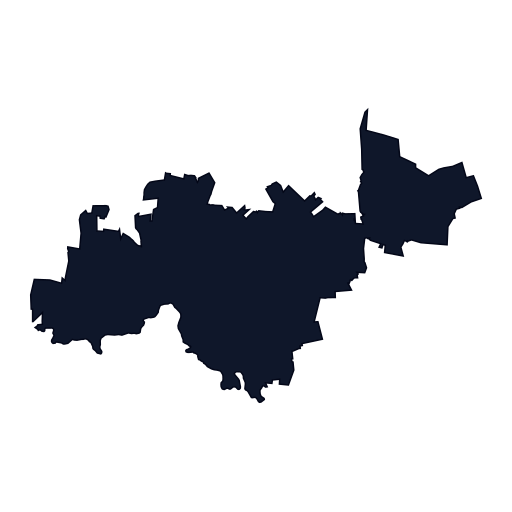 Sedibeng, Gauteng, South Africa
{"feature_id": "47623444B84489694859974", "entity_name": "Sedibeng", "entity_type": "district", "adm_level": 2, "iso_a3": "ZAF", "parent_name": "South Africa", "parent_adm1": "Gauteng", "projection": "albers", "projection_center": [28.102, -26.548], "detail": "fine", "context": "isolated", "style": "filled", "palette": "ink", "viewbox_px": 512, "rotation_deg": 0, "n_neighbors": 0, "source": "geoboundaries", "source_scale": "gbopen_adm2", "svg_char_len": 6054}
<svg xmlns="http://www.w3.org/2000/svg" viewBox="0 0 512 512"><path d="M106.1,205.7L93.1,205.8L91.8,213.1L87.3,213.5L85.7,210.5L80.7,214.9L79.4,219.7L81.1,233.2L79.7,249.0L67.8,246.9L67.7,248.7L68.8,251.6L68.0,252.5L68.8,261.0L65.5,277.2L65.1,280.5L62.2,278.0L61.6,283.3L49.9,280.0L34.3,279.4L30.7,294.9L31.2,309.1L32.6,309.2L32.6,321.6L33.0,321.6L42.5,312.5L42.2,321.2L42.4,324.3L37.8,324.8L37.1,326.1L35.1,327.5L37.7,329.3L38.3,330.4L39.4,329.9L40.5,330.0L41.9,331.2L43.8,331.5L44.1,331.4L44.7,330.7L44.8,328.7L45.3,328.1L51.9,328.0L53.2,328.5L53.6,329.3L53.7,330.5L52.9,333.1L54.1,335.4L52.7,338.4L51.8,339.8L51.5,341.1L52.0,342.5L53.1,343.4L55.2,343.1L55.7,342.3L56.7,342.0L61.6,342.9L63.3,344.0L64.7,344.0L67.9,343.3L72.3,339.4L74.3,340.0L77.0,340.2L81.7,339.3L83.3,339.3L85.1,338.8L86.5,339.0L88.2,340.0L89.6,341.8L90.4,342.0L91.1,342.8L92.7,346.3L93.0,348.5L93.5,349.2L95.4,350.7L97.3,353.0L100.8,353.9L101.5,353.1L101.8,351.9L101.5,351.0L100.1,348.9L99.8,347.5L99.8,346.6L100.3,344.6L100.2,340.6L101.0,338.2L105.1,335.0L107.8,334.5L114.6,335.0L118.7,334.5L121.9,335.1L128.4,332.9L131.4,333.5L134.3,333.2L136.3,333.7L139.1,333.1L140.1,332.3L140.7,328.5L142.0,326.6L143.5,325.2L144.2,323.4L144.4,322.1L143.1,320.7L143.6,319.4L144.3,318.9L148.8,317.4L150.7,317.7L153.9,317.1L154.9,316.6L156.3,315.0L158.2,312.3L158.4,310.3L159.5,307.2L160.2,305.7L160.8,305.2L164.4,304.1L168.1,303.9L170.0,302.9L171.3,303.1L173.0,304.1L174.8,307.3L176.2,308.4L179.6,312.0L180.6,313.5L180.9,314.8L180.9,317.3L178.9,322.4L178.0,325.8L178.4,328.6L181.4,333.9L181.7,335.9L183.2,339.7L183.2,341.9L184.7,343.0L187.8,344.5L189.4,346.1L190.4,346.1L190.7,346.4L190.6,347.3L190.0,348.0L188.2,349.2L186.8,349.6L186.2,350.0L185.8,350.8L186.1,351.8L187.3,352.3L188.9,352.4L193.0,352.0L194.0,353.0L195.0,353.1L196.7,354.0L197.9,355.3L197.8,356.6L198.6,359.5L199.9,359.9L201.1,360.9L203.6,362.2L203.7,363.2L205.5,364.3L207.4,366.6L211.4,368.8L214.1,369.7L217.2,370.1L219.8,370.8L220.8,371.3L222.7,374.5L223.0,375.8L223.1,379.1L222.8,381.1L221.2,382.7L221.0,384.2L221.1,386.3L221.5,387.5L222.2,388.8L222.9,389.2L224.3,389.5L226.8,388.2L227.9,388.3L229.5,389.1L230.5,389.0L233.0,387.0L234.3,386.8L235.8,387.1L237.8,389.2L238.8,389.4L239.5,389.1L240.3,388.1L240.4,386.7L239.2,380.5L238.6,379.3L234.9,374.9L234.3,373.7L235.1,372.4L236.4,371.7L240.2,371.8L241.1,372.3L242.9,374.8L243.4,376.5L243.4,378.1L245.2,382.1L245.4,383.9L244.9,388.6L245.2,389.4L245.6,389.9L247.1,390.6L248.0,391.5L251.4,397.5L252.3,397.7L254.7,397.3L256.0,397.7L257.0,398.9L258.5,401.6L259.5,402.3L261.1,402.0L264.3,399.5L264.1,398.4L261.5,396.6L260.7,395.6L260.1,393.7L259.9,390.8L260.2,389.8L261.6,387.9L262.7,385.8L263.8,385.9L265.7,387.1L267.2,386.8L265.5,382.8L271.9,383.4L272.4,380.0L279.7,379.2L279.4,384.1L288.4,385.0L293.8,370.1L293.0,362.0L291.9,361.7L291.5,358.7L292.7,358.7L291.9,351.2L292.9,351.1L298.9,348.5L300.3,348.4L300.0,346.0L302.3,345.5L301.9,343.6L322.4,339.2L317.9,321.7L314.1,322.0L320.1,297.7L325.3,298.1L327.7,297.6L335.3,297.5L335.1,291.5L351.5,290.1L347.9,283.1L348.5,283.0L348.8,283.6L349.0,283.6L350.0,281.3L350.1,280.1L350.7,279.6L351.8,280.4L353.5,278.5L354.5,277.8L357.6,277.8L357.1,275.0L358.0,274.3L358.1,273.9L356.9,272.3L364.7,272.7L366.5,267.8L364.9,262.7L364.1,261.7L364.2,259.0L363.5,248.5L364.7,238.3L366.6,237.7L368.1,238.7L368.7,237.9L369.7,237.8L369.5,238.7L369.2,238.8L370.3,240.2L380.8,243.7L379.1,247.2L381.9,247.9L383.0,244.5L385.3,245.3L384.6,252.5L403.2,256.0L400.8,247.1L402.8,244.0L404.4,240.5L405.3,240.7L407.3,241.9L407.6,241.6L407.3,241.2L407.4,240.7L408.6,240.9L411.5,239.9L420.9,242.7L447.1,244.8L447.9,226.6L452.9,218.5L455.1,218.0L454.2,213.7L456.3,209.1L459.8,208.2L459.5,207.1L461.8,207.5L471.1,201.9L481.3,198.4L477.5,186.1L473.4,175.8L466.2,177.7L461.9,162.5L452.7,166.4L443.9,167.9L438.9,169.3L428.6,175.8L415.6,167.8L415.6,164.2L399.7,156.7L398.1,139.5L384.0,135.1L366.1,130.4L367.5,109.7L365.0,112.2L360.2,128.8L361.7,149.4L362.1,169.3L363.2,169.7L363.1,170.6L364.0,172.1L361.9,174.6L360.2,177.6L361.1,180.5L360.6,181.7L361.3,182.1L361.5,183.6L360.6,184.4L358.3,190.7L357.9,190.8L358.5,192.1L360.1,211.0L360.8,212.3L361.2,212.4L361.9,213.3L362.0,213.0L363.3,214.2L364.1,214.3L362.9,215.0L363.6,215.8L360.8,217.1L361.1,219.1L361.5,219.0L363.2,224.0L355.4,223.5L355.2,220.5L354.2,220.5L354.1,219.0L355.1,219.1L354.8,213.7L345.2,213.9L342.5,213.2L342.4,215.1L340.4,213.0L340.3,213.6L339.7,213.4L338.8,213.7L338.2,214.4L325.4,207.2L322.7,210.2L313.6,216.7L311.7,213.7L310.4,212.1L322.6,201.8L320.2,199.2L320.9,198.5L318.2,197.4L315.7,199.8L313.8,196.1L315.1,194.4L314.3,192.7L311.1,196.1L309.9,195.8L304.6,201.0L288.6,185.7L283.2,192.1L280.6,185.5L276.3,182.1L272.2,184.0L271.4,185.4L267.5,186.7L268.3,187.6L265.9,189.1L273.0,201.7L275.3,203.6L272.7,211.9L265.8,211.6L258.7,210.8L257.6,212.3L257.6,212.1L256.4,211.2L255.8,212.1L253.5,211.5L248.0,216.7L246.2,218.9L242.9,215.2L249.1,209.6L245.9,210.0L243.9,209.6L244.5,209.3L245.0,208.0L244.6,205.7L236.6,213.0L232.1,207.5L227.7,207.1L228.6,208.1L224.6,210.1L221.8,205.6L215.0,205.3L213.2,204.9L211.7,204.9L210.3,205.2L209.5,204.5L207.2,204.2L207.8,201.7L210.2,195.4L210.8,194.5L211.7,191.1L214.7,182.7L209.0,173.1L198.5,178.3L198.3,181.0L197.4,182.4L195.3,177.7L195.7,177.6L194.5,175.8L191.0,175.4L188.1,175.6L184.7,174.5L183.8,178.9L170.2,175.5L170.3,173.7L166.3,173.3L165.6,172.9L164.4,180.0L155.3,181.2L150.0,182.2L147.8,184.2L146.0,186.9L144.5,189.6L144.1,192.5L144.1,195.0L143.7,197.3L143.8,197.9L143.4,199.9L158.2,198.2L157.5,207.6L153.6,209.5L151.9,221.1L150.1,221.0L151.0,214.2L138.6,216.5L138.4,214.2L138.9,213.7L138.9,213.3L137.9,213.5L135.0,215.7L135.6,227.7L136.1,228.7L137.3,229.8L139.6,233.1L140.9,239.2L141.2,239.3L141.0,241.4L141.5,247.5L141.2,245.9L139.0,245.9L137.4,245.2L134.1,242.1L133.5,241.1L132.1,239.7L131.9,239.7L129.4,237.3L123.2,233.5L120.7,239.0L119.5,229.4L118.5,231.4L103.8,229.2L103.6,231.4L96.9,231.0L96.7,215.7L100.1,216.1L100.2,218.2L104.1,218.8L105.2,216.5L106.0,216.9L109.0,209.6L108.0,206.2L106.1,205.7Z" fill="#0f172a" stroke="#020617" stroke-width="1.5"/></svg>